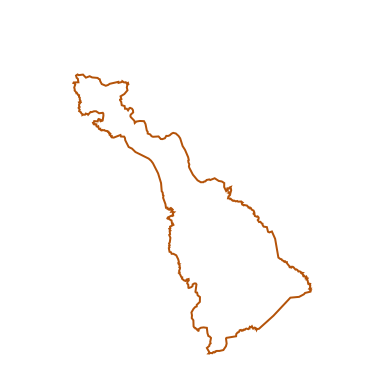 outline of Bueng Sam Phan, Phetchabun, Thailand, rotated 244°
{"feature_id": "78962969B41287674230376", "entity_name": "Bueng Sam Phan", "entity_type": "district", "adm_level": 2, "iso_a3": "THA", "parent_name": "Thailand", "parent_adm1": "Phetchabun", "projection": "mercator", "projection_center": [101.036, 15.826], "detail": "fine", "context": "isolated", "style": "outline", "palette": "amber", "viewbox_px": 384, "rotation_deg": 244, "n_neighbors": 0, "source": "geoboundaries", "source_scale": "gbopen_adm2", "svg_char_len": 6023}
<svg xmlns="http://www.w3.org/2000/svg" viewBox="0 0 384 384"><g transform="rotate(244 192 192)"><path d="M342.3,133.7L341.9,133.2L341.1,134.1L339.8,134.2L337.5,131.9L335.7,131.6L334.6,131.0L333.0,131.5L331.5,131.4L331.5,132.0L329.0,132.2L328.5,132.9L327.0,132.1L326.0,132.5L324.5,131.7L322.8,131.7L322.7,131.2L321.9,131.3L322.0,130.5L321.5,130.8L321.5,129.9L320.8,130.1L320.2,128.9L319.0,128.3L317.9,128.3L318.0,127.9L317.3,126.9L315.3,127.2L314.2,126.0L312.3,127.1L311.2,127.0L309.8,127.7L309.2,127.3L309.1,128.6L308.4,129.6L308.5,130.5L309.0,130.9L307.8,132.4L307.0,132.5L308.4,135.9L307.8,136.8L307.5,139.4L306.6,141.2L303.5,143.0L302.3,146.5L301.5,146.7L299.5,145.9L295.4,143.0L295.4,142.4L295.9,142.5L296.2,142.1L295.8,140.8L296.3,140.7L297.1,141.4L298.5,140.2L298.4,139.6L296.8,138.2L298.6,135.2L297.3,133.9L297.5,133.4L296.6,133.3L295.9,133.5L295.8,134.6L295.0,134.6L294.7,135.7L292.8,135.0L291.9,135.8L292.0,136.5L289.6,136.0L288.9,136.5L288.9,137.2L288.3,137.0L287.1,137.5L287.1,138.5L286.6,138.8L286.1,140.3L285.1,140.8L283.9,142.6L283.1,142.6L282.9,143.3L281.7,143.2L281.7,143.6L280.2,144.1L280.0,143.2L279.5,143.0L278.5,143.7L277.6,143.5L277.4,144.4L276.2,144.0L275.2,145.5L274.6,152.7L273.0,152.5L271.5,155.3L269.9,155.4L267.8,154.7L260.2,154.8L257.3,157.1L252.7,158.7L241.0,167.7L238.1,168.9L235.0,169.5L223.6,169.7L213.6,168.1L205.9,165.1L204.4,165.4L201.9,164.5L201.3,164.8L199.5,163.5L192.7,162.8L189.3,161.7L188.7,163.0L187.6,162.6L187.1,163.7L186.4,163.4L186.0,163.8L186.1,164.3L186.8,164.4L186.9,166.0L185.6,166.6L185.0,165.8L184.5,166.6L183.3,164.8L182.8,166.2L182.0,166.4L181.7,166.9L181.3,165.5L179.1,164.8L179.1,163.7L179.7,163.5L179.7,159.1L179.0,158.3L178.4,158.7L178.0,159.8L177.2,159.8L175.4,161.1L172.4,160.2L172.2,160.9L170.6,160.9L170.5,157.1L168.9,156.6L168.9,155.5L166.8,155.7L166.7,154.8L163.7,153.8L163.4,152.7L160.3,152.5L156.4,149.9L155.8,148.8L153.9,148.6L153.7,147.8L152.1,147.5L151.8,146.6L148.1,145.6L147.0,146.7L145.4,146.6L144.6,148.2L142.0,150.1L137.6,150.1L134.7,149.5L134.3,148.6L133.5,148.4L132.8,149.1L132.7,148.6L130.8,148.6L129.8,147.6L129.1,148.0L128.3,147.5L126.6,145.7L125.2,145.7L124.9,144.7L123.3,145.2L120.4,145.1L119.6,145.8L118.5,145.0L116.0,146.1L114.9,147.2L115.7,148.9L115.3,150.8L113.9,150.3L113.5,148.7L111.9,147.6L110.4,148.0L107.5,146.8L107.1,147.1L106.8,149.7L107.2,151.2L108.6,152.1L108.8,154.0L108.1,155.3L107.0,155.5L100.7,151.3L100.1,151.4L99.3,152.5L96.7,151.8L94.1,153.1L89.8,150.9L88.5,146.8L87.1,146.1L87.2,144.3L86.3,142.1L84.0,138.7L81.1,137.9L78.8,136.5L76.1,137.0L70.5,134.5L69.3,134.6L68.4,135.4L67.9,135.2L66.7,136.3L65.8,136.2L65.3,136.8L64.5,136.8L64.5,137.2L65.4,137.4L65.9,138.2L66.1,140.5L65.2,143.1L63.4,145.8L58.3,144.0L55.3,143.6L54.4,144.5L52.5,145.1L49.2,142.6L47.8,142.4L47.3,140.9L46.1,140.1L45.3,137.0L41.0,137.3L39.9,136.9L39.6,136.1L39.2,136.8L39.4,137.9L38.2,139.6L38.8,141.0L38.0,141.8L38.0,142.9L38.5,143.2L38.3,144.6L37.1,147.1L36.2,150.9L38.5,154.9L40.6,156.7L45.3,158.3L45.8,159.0L43.0,168.4L44.9,169.5L45.8,171.5L45.5,172.2L45.8,173.1L46.8,174.2L46.6,175.5L45.6,175.7L45.2,176.8L45.6,177.1L45.3,177.8L45.6,178.1L45.0,179.1L45.5,179.9L45.4,181.0L44.1,182.4L44.5,183.3L44.1,183.8L45.5,184.9L44.5,186.0L45.0,187.0L42.4,187.1L42.6,189.0L41.2,189.9L40.7,189.3L40.5,189.8L39.9,189.7L40.3,190.2L39.7,192.2L45.1,211.0L53.9,234.1L50.8,242.3L51.0,247.7L51.7,249.4L50.5,254.8L51.3,255.5L51.9,255.3L52.0,255.8L52.7,255.3L53.2,256.3L53.7,255.5L54.0,256.3L54.8,256.3L55.8,257.2L56.5,257.1L57.6,258.0L58.2,257.3L57.9,256.6L58.4,256.2L61.6,257.1L62.7,256.9L63.2,257.5L63.3,256.8L63.8,257.1L64.3,256.5L64.9,257.7L65.9,257.7L65.7,256.7L67.0,256.2L67.2,255.6L67.6,255.8L68.1,255.2L69.0,255.8L70.9,254.8L71.0,255.7L71.8,254.6L72.6,254.7L73.6,253.8L73.9,252.8L75.6,252.6L76.7,251.9L76.9,251.0L80.0,250.2L80.7,249.7L80.9,249.0L80.6,248.5L81.1,248.3L80.8,247.9L81.6,246.8L82.4,247.0L86.4,246.1L87.3,246.5L87.6,245.7L88.7,245.4L88.6,244.6L89.2,244.2L89.6,244.4L91.1,243.1L92.3,243.0L93.1,242.0L95.2,240.9L113.5,246.2L121.5,246.5L121.8,243.8L123.0,242.9L127.6,243.9L129.5,241.2L131.3,241.0L132.6,241.5L133.1,240.9L135.2,240.4L135.6,239.1L138.0,238.8L138.6,240.1L139.9,240.7L141.3,240.3L141.3,239.5L142.9,238.0L143.9,238.3L145.3,237.8L145.6,238.7L146.1,238.5L146.5,239.1L148.3,239.2L150.0,237.9L151.6,237.9L151.9,237.0L152.6,237.2L153.1,236.0L154.0,236.2L154.4,235.7L155.7,235.5L157.6,233.0L157.4,232.6L158.8,231.6L160.4,231.9L160.4,232.8L161.9,232.1L163.1,229.2L164.1,228.7L164.4,227.2L165.7,226.2L165.9,225.3L166.6,225.0L166.6,224.6L168.9,223.8L168.9,223.2L169.6,223.1L170.5,221.6L172.0,222.8L172.5,224.6L173.5,224.8L173.5,225.3L174.4,225.3L175.1,224.6L175.2,226.0L174.6,226.4L176.4,228.0L178.2,228.5L178.8,228.2L179.5,229.0L179.6,227.8L178.9,226.8L179.7,225.6L178.3,225.0L179.0,224.9L179.4,223.7L178.0,224.0L177.8,223.1L182.4,223.1L185.9,224.9L188.4,223.4L190.2,220.9L194.4,218.4L194.8,213.6L195.7,213.1L196.4,210.4L195.7,208.7L196.1,207.7L195.8,206.6L196.9,204.2L200.1,202.1L207.2,200.4L215.1,200.2L216.5,200.5L218.0,201.7L220.2,201.8L221.9,202.4L222.1,203.1L225.0,203.8L232.9,204.2L237.4,203.7L245.4,204.9L248.2,204.5L251.7,203.1L253.4,201.0L253.4,199.2L252.7,196.7L252.9,195.0L253.7,193.5L252.2,191.2L252.5,188.6L253.3,187.2L256.6,186.3L258.7,181.2L259.9,180.1L262.0,179.7L264.0,177.8L265.7,178.6L267.0,178.3L273.5,180.0L276.7,179.9L278.7,176.3L279.7,172.9L279.1,170.8L281.3,171.4L286.2,169.8L287.3,169.9L288.4,170.8L289.3,174.0L291.4,174.8L293.2,174.6L294.8,173.2L294.8,172.5L293.4,170.3L295.4,169.9L296.2,168.3L298.8,169.1L300.8,166.9L304.1,167.9L306.2,167.6L306.6,167.8L306.5,169.3L309.3,169.7L309.7,174.1L311.7,178.6L314.5,179.2L316.7,180.9L316.7,182.0L318.2,182.3L318.2,180.8L319.7,180.6L320.2,179.0L322.2,177.9L321.6,177.3L322.3,173.8L323.3,174.1L325.3,165.5L325.0,163.4L325.3,161.1L328.6,158.2L331.9,158.1L333.8,158.5L334.5,157.7L335.9,157.2L338.8,152.4L340.9,150.8L341.3,146.8L345.3,145.5L346.7,141.4L347.8,140.7L347.5,138.8L345.2,138.4L343.8,139.0L340.4,138.0L342.3,133.7Z" fill="none" stroke="#b45309" stroke-width="2"/></g></svg>